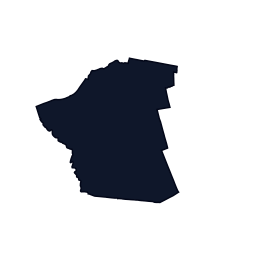 the district of Maracineni, Buzau, Romania, rotated 134°
{"feature_id": "2599482B67036070317980", "entity_name": "Maracineni", "entity_type": "district", "adm_level": 2, "iso_a3": "ROU", "parent_name": "Romania", "parent_adm1": "Buzau", "projection": "albers", "projection_center": [26.812, 45.202], "detail": "fine", "context": "isolated", "style": "filled", "palette": "ink", "viewbox_px": 256, "rotation_deg": 134, "n_neighbors": 0, "source": "geoboundaries", "source_scale": "gbopen_adm2", "svg_char_len": 4882}
<svg xmlns="http://www.w3.org/2000/svg" viewBox="0 0 256 256"><g transform="rotate(134 128 128)"><path d="M176.3,208.9L177.6,206.5L179.3,203.4L180.8,200.6L182.0,198.4L182.0,197.0L182.4,197.0L182.9,197.1L183.5,194.6L183.4,193.1L183.4,192.2L183.8,192.0L184.4,191.6L184.7,191.1L184.8,190.6L184.8,190.1L185.0,188.6L184.9,187.9L184.6,187.7L184.7,186.6L185.1,185.2L185.2,183.7L184.8,182.5L184.2,182.1L183.2,182.1L182.6,182.0L182.3,181.7L182.4,181.1L182.6,180.5L183.5,179.6L184.8,178.3L185.3,177.1L185.4,175.8L185.4,174.6L185.2,173.4L184.4,172.3L184.0,171.8L183.9,171.4L184.0,171.2L184.2,170.9L184.7,170.3L185.3,169.7L185.6,169.4L185.6,169.0L185.5,168.6L185.3,167.9L185.1,167.1L184.7,166.3L184.3,165.8L184.2,165.5L184.2,164.9L184.3,164.6L183.8,163.3L183.2,161.5L183.1,161.2L183.3,160.7L183.5,160.2L184.1,159.2L184.4,158.7L184.5,158.1L184.5,157.8L184.2,157.3L184.0,157.0L183.9,156.7L183.3,155.0L183.0,154.6L182.7,154.1L182.3,153.7L182.2,153.5L182.3,153.3L182.4,153.0L182.7,152.5L183.2,151.9L183.5,151.5L183.8,151.4L184.1,151.1L184.5,150.7L184.8,150.4L184.8,150.0L185.5,149.2L186.0,148.8L186.9,148.8L187.9,148.3L189.7,147.5L191.5,146.5L192.3,146.0L192.8,145.6L192.8,145.3L192.7,145.1L191.6,144.9L190.9,144.7L190.7,144.1L190.9,143.7L191.8,142.8L193.8,141.8L194.9,141.3L195.3,140.5L194.8,139.9L193.9,138.9L193.5,138.2L193.5,137.6L193.7,136.7L194.1,136.0L194.7,135.6L195.5,135.6L196.4,135.8L197.2,135.6L197.4,135.2L197.4,134.0L197.5,133.0L197.6,132.1L198.0,131.7L198.7,131.1L198.8,130.9L198.7,130.5L198.5,130.1L198.3,129.5L198.4,128.9L198.6,128.4L199.0,127.9L199.3,127.6L199.5,127.2L199.4,126.9L199.1,126.4L198.9,126.0L198.9,125.4L199.0,124.9L199.4,124.5L200.1,124.1L200.7,123.8L201.1,123.4L201.5,123.1L202.3,122.4L202.7,122.0L202.7,121.6L203.1,120.9L203.7,120.1L204.0,119.7L204.6,119.3L205.2,119.0L206.0,118.6L206.4,118.1L206.4,117.9L206.4,117.5L206.2,117.2L206.0,116.9L205.7,116.7L205.4,116.4L204.9,115.9L204.4,115.4L204.0,115.0L203.7,114.7L203.5,114.3L202.8,113.3L202.5,112.8L202.4,112.6L202.4,112.4L202.4,111.9L202.5,111.7L202.7,111.2L202.8,111.0L203.0,110.8L202.7,110.5L202.4,110.1L202.1,109.4L201.6,108.1L201.1,107.0L200.7,106.0L200.2,104.9L200.1,104.7L199.0,103.3L197.6,101.6L193.7,96.7L193.4,96.4L192.4,95.0L189.7,91.5L187.7,89.0L186.7,87.9L186.2,87.5L185.9,87.2L185.9,86.9L185.9,86.2L185.3,86.0L184.1,84.4L183.9,84.3L183.6,83.9L183.0,83.1L182.6,82.4L181.7,81.3L181.3,80.7L178.4,77.3L178.2,77.0L177.2,75.8L175.8,74.2L175.2,73.5L174.3,72.3L173.4,71.3L172.7,70.5L172.3,69.8L170.6,67.6L170.2,67.2L169.7,66.5L169.4,66.2L168.6,65.2L167.1,63.3L165.6,61.4L164.5,60.1L163.7,59.1L163.4,58.5L163.3,58.2L163.2,57.7L162.9,57.3L161.9,56.0L161.1,55.2L160.6,54.7L160.0,54.1L159.7,53.6L159.4,53.3L159.0,53.2L154.9,51.8L149.1,49.9L145.4,48.6L139.0,47.1L139.0,47.4L138.7,48.4L138.7,48.6L137.5,51.5L136.8,53.1L135.5,56.0L134.4,58.3L132.1,63.5L131.4,65.1L131.0,65.9L127.5,73.8L122.4,85.0L120.9,88.3L116.2,86.2L115.0,85.6L114.9,85.6L112.3,89.8L112.2,90.0L108.9,95.8L108.0,97.2L106.2,100.3L104.1,103.8L100.9,109.1L99.7,111.7L99.2,112.6L98.4,113.8L97.3,115.6L94.5,120.0L87.3,114.7L84.0,112.2L82.5,114.7L82.0,115.4L81.9,115.7L81.5,116.4L80.2,118.6L77.2,123.0L76.1,124.7L74.6,126.8L74.1,127.6L73.8,127.8L73.1,128.8L73.0,128.6L72.5,128.1L72.2,127.9L71.9,127.6L71.5,127.5L71.1,127.4L70.9,127.4L70.6,127.4L70.4,127.4L70.2,127.4L69.7,126.5L69.6,126.4L69.4,126.3L69.0,126.2L68.9,126.2L68.6,126.1L68.2,126.0L68.0,125.9L67.7,125.7L67.3,125.4L66.4,125.4L66.0,125.1L65.4,124.7L64.4,125.7L64.2,125.9L64.1,126.1L63.8,126.3L63.7,126.5L63.4,126.8L63.1,127.1L62.5,127.7L62.0,128.2L61.3,128.9L60.6,129.6L59.0,131.3L58.0,132.2L57.4,132.8L57.1,133.2L56.9,133.3L56.0,134.1L55.5,133.3L54.4,131.5L54.1,131.6L54.0,131.8L52.6,132.8L52.3,133.2L51.6,133.9L50.8,134.6L50.5,134.8L50.3,134.9L49.8,135.2L49.6,135.4L50.2,136.4L53.1,140.7L61.3,153.2L67.6,162.7L67.8,162.9L68.5,162.9L68.9,163.2L70.8,166.1L73.1,169.7L73.4,170.1L76.3,174.6L76.8,175.4L77.6,174.9L78.9,174.3L81.5,172.9L82.0,173.8L83.0,175.1L83.3,175.5L83.9,175.9L84.8,176.1L84.8,176.3L85.2,177.3L85.4,177.7L85.7,177.9L86.7,178.6L86.8,179.5L87.2,180.6L86.7,181.6L86.8,182.6L87.5,183.3L89.1,184.0L90.1,184.1L92.3,184.8L93.2,185.2L94.0,185.5L94.6,185.7L95.0,185.7L95.4,185.7L95.9,185.6L97.4,185.1L97.7,185.0L97.9,185.0L98.3,185.4L98.9,185.6L100.4,185.9L102.0,186.4L102.4,186.7L102.8,187.7L103.1,188.2L103.8,188.6L104.5,189.2L106.1,189.8L106.9,190.2L108.3,190.8L110.3,192.0L111.7,193.7L113.5,193.5L114.9,192.7L118.0,192.6L120.7,190.5L122.1,192.7L124.2,192.2L126.3,191.9L132.3,191.0L134.3,190.6L135.4,190.4L137.9,190.2L139.9,190.3L141.0,190.4L143.6,191.1L144.4,191.6L145.4,192.0L145.6,192.0L146.1,191.9L146.4,192.0L148.9,193.1L150.2,193.6L151.8,194.5L153.2,195.4L154.4,196.3L155.2,197.0L156.4,198.2L157.4,199.5L158.5,200.5L158.8,200.7L159.4,201.0L161.2,201.9L162.7,202.5L166.1,204.1L169.0,205.6L174.6,208.1L176.3,208.9Z" fill="#0f172a" stroke="#020617" stroke-width="1.5"/></g></svg>